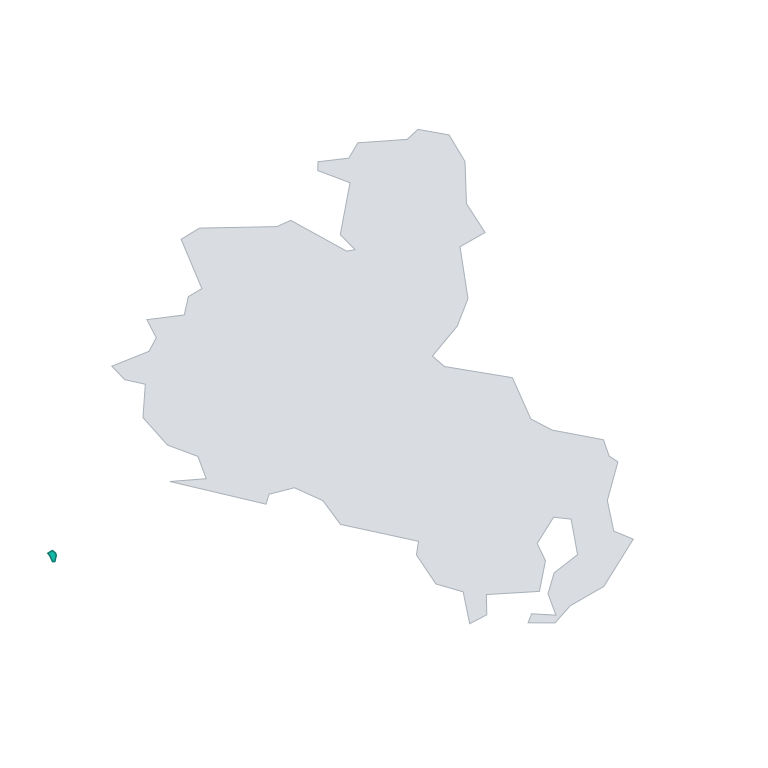 Barbados highlighted, Mercator projection, rotated 195°
{"feature_id": "BRB", "entity_name": "Barbados", "entity_type": "country or territory", "adm_level": 0, "iso_a3": "BRB", "parent_name": "North America", "parent_adm1": "", "projection": "mercator", "projection_center": [-59.546, 13.19], "detail": "fine", "context": "with_neighbors", "style": "filled", "palette": "teal", "viewbox_px": 768, "rotation_deg": 195, "n_neighbors": 1, "source": "natural_earth", "source_scale": "50m", "svg_char_len": 1217}
<svg xmlns="http://www.w3.org/2000/svg" viewBox="0 0 768 768"><g transform="rotate(195 384 384)"><path d="M584.6,429.0L617.4,471.3L602.6,486.8L528.2,508.3L516.5,517.9L454.3,502.6L446.8,506.3L464.9,516.9L468.9,569.6L503.2,573.0L505.3,581.6L476.4,593.1L471.7,610.2L424.9,626.3L417.1,638.7L385.6,641.4L363.4,619.9L351.0,579.5L325.6,556.5L346.1,536.3L325.0,488.2L328.2,459.0L344.5,423.5L330.2,416.5L261.6,423.3L233.1,388.2L209.6,383.0L157.6,386.9L147.9,372.7L137.9,369.3L138.1,329.2L124.0,301.4L103.1,298.6L119.3,245.3L146.7,218.1L157.0,197.5L183.0,190.6L181.9,200.3L158.1,205.2L171.3,223.9L170.8,245.4L152.9,269.3L168.3,301.9L185.7,299.2L194.8,269.6L182.3,255.1L180.2,223.9L230.6,207.1L225.0,187.7L239.2,174.6L253.7,203.7L282.1,204.3L308.4,227.3L310.0,241.0L389.6,237.1L412.8,255.5L443.7,260.6L466.5,247.8L466.9,237.4L565.6,234.4L531.2,246.5L545.0,265.9L577.4,269.0L608.1,289.2L614.5,322.0L635.6,321.1L651.5,330.8L619.4,354.8L615.9,369.7L629.7,384.8L594.8,399.0L595.6,417.8L584.6,429.0Z" fill="#d9dde1" stroke="#a8b0b8" stroke-width="1"/><path d="M662.2,136.4L661.1,137.3L657.4,135.6L656.2,133.6L656.0,127.3L658.2,126.6L662.4,131.7L664.9,133.5L662.2,136.4Z" fill="#14b8a6" stroke="#0f766e" stroke-width="1.5"/></g></svg>